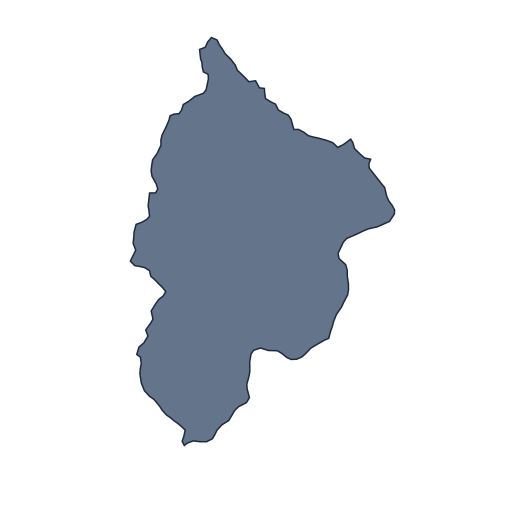 the district of Buritama, São Paulo, Brazil, rotated 284°
{"feature_id": "56859067B40000060278467", "entity_name": "Buritama", "entity_type": "district", "adm_level": 2, "iso_a3": "BRA", "parent_name": "Brazil", "parent_adm1": "São Paulo", "projection": "robinson", "projection_center": [-50.2, -21.059], "detail": "fine", "context": "isolated", "style": "filled", "palette": "slate", "viewbox_px": 512, "rotation_deg": 284, "n_neighbors": 0, "source": "geoboundaries", "source_scale": "gbopen_adm2", "svg_char_len": 2414}
<svg xmlns="http://www.w3.org/2000/svg" viewBox="0 0 512 512"><g transform="rotate(284 256 256)"><path d="M68.2,258.0L72.9,259.3L77.6,260.3L84.0,263.8L89.8,269.4L101.2,272.8L105.5,275.5L111.4,282.2L117.0,283.9L125.0,279.5L129.5,278.1L136.4,278.3L142.1,278.0L151.9,275.5L159.8,274.9L164.0,276.6L167.8,282.6L167.3,290.8L169.2,299.6L167.8,304.4L165.0,310.4L164.1,315.0L165.7,320.5L169.4,325.1L173.7,328.0L179.7,331.4L183.7,335.3L190.7,342.5L193.7,346.5L201.6,346.6L205.7,347.1L211.0,347.1L218.9,348.2L227.3,351.4L231.8,352.2L240.6,354.3L245.7,353.9L251.4,352.4L258.4,349.5L264.2,348.0L269.3,345.1L273.6,337.2L278.4,335.0L290.6,337.4L295.0,339.8L302.0,349.0L305.9,353.6L309.5,358.4L313.5,366.4L316.4,370.2L321.9,377.2L330.2,380.1L334.3,379.3L337.9,376.0L341.7,371.4L345.4,368.5L353.6,364.2L356.1,360.8L368.6,344.7L372.6,343.2L377.6,343.9L377.4,337.6L380.1,332.3L384.1,325.6L389.5,322.5L392.3,319.6L385.1,313.7L381.1,309.0L384.5,303.2L385.3,296.2L385.5,287.7L385.3,283.2L385.4,277.7L387.6,272.6L389.1,266.6L387.9,262.2L391.6,260.0L397.2,256.9L400.6,253.0L401.4,248.0L403.1,242.4L408.1,238.1L409.0,233.7L411.0,227.2L416.2,225.0L420.6,223.6L420.0,218.6L425.9,213.2L423.4,206.9L427.8,199.9L431.7,193.0L436.3,189.6L440.9,183.8L444.9,177.0L448.4,173.6L451.9,169.5L456.2,165.9L457.2,159.9L451.9,157.3L446.3,156.3L442.8,151.3L437.5,153.2L433.8,154.6L430.5,156.8L426.7,158.0L421.9,160.4L420.7,165.6L416.2,167.0L409.4,167.2L405.4,167.4L401.2,165.7L396.0,158.0L390.2,153.6L385.4,148.8L379.3,148.4L375.5,146.9L373.9,142.3L371.4,138.7L366.6,138.7L359.8,137.6L350.7,135.6L345.8,135.6L340.6,137.0L331.7,135.3L324.2,132.4L318.7,132.9L313.1,133.7L308.2,135.8L301.6,141.9L297.2,144.5L292.9,143.3L291.4,137.5L278.6,139.2L274.2,141.1L268.8,143.1L265.0,141.1L261.0,137.0L257.7,132.0L249.6,131.9L245.7,132.7L238.6,133.7L232.6,137.9L220.6,135.3L217.3,140.7L217.7,145.2L217.8,150.5L216.0,156.3L211.0,158.7L208.1,164.2L205.4,168.4L202.8,172.9L199.7,177.0L195.1,175.8L190.3,172.2L185.7,170.3L181.9,169.1L177.3,167.6L169.8,171.3L165.7,170.1L157.5,166.9L152.2,170.5L144.5,168.2L139.4,164.5L131.6,164.1L129.8,168.4L123.9,170.7L118.7,171.0L113.8,171.8L105.1,175.4L98.2,180.4L94.1,186.7L92.1,191.8L89.3,195.6L86.5,199.3L83.6,202.4L80.1,207.5L78.4,212.1L76.3,216.4L74.5,221.0L72.3,225.2L70.0,229.4L63.5,229.6L58.3,229.2L54.8,232.3L57.9,234.7L61.4,239.8L62.3,246.9L63.8,252.9L68.2,258.0Z" fill="#64748b" stroke="#1e293b" stroke-width="1.5"/></g></svg>